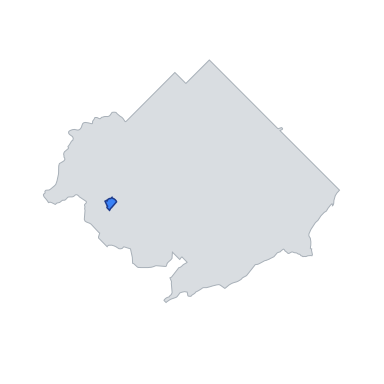 Adila, Eastern Darfur, Sudan shown in context, rotated 45°
{"feature_id": "16777658B87348298332109", "entity_name": "Adila", "entity_type": "district", "adm_level": 2, "iso_a3": "SDN", "parent_name": "Sudan", "parent_adm1": "Eastern Darfur", "projection": "mercator", "projection_center": [27.139, 11.428], "detail": "fine", "context": "in_parent", "style": "filled", "palette": "blue", "viewbox_px": 384, "rotation_deg": 45, "n_neighbors": 0, "source": "geoboundaries", "source_scale": "gbopen_adm2", "svg_char_len": 4724}
<svg xmlns="http://www.w3.org/2000/svg" viewBox="0 0 384 384"><g transform="rotate(45 192 192)"><path d="M251.8,288.5L248.9,288.5L248.6,287.8L248.6,285.9L248.9,284.5L250.0,282.2L249.7,281.0L249.9,279.2L249.1,277.2L242.2,271.4L240.8,269.8L237.1,268.3L237.7,266.7L236.2,254.8L237.0,253.4L237.2,251.3L237.2,249.4L238.1,246.4L238.2,245.1L230.8,245.0L230.7,246.3L231.0,247.8L231.0,248.4L220.7,248.4L224.8,253.1L225.0,255.2L224.8,257.7L224.8,259.4L225.1,260.4L226.2,262.5L226.1,262.9L225.9,263.4L218.6,269.6L217.3,272.5L216.4,274.0L214.3,276.6L207.6,283.2L206.5,283.7L201.4,283.9L200.9,284.1L200.5,284.4L200.3,284.3L196.0,280.4L188.7,275.7L183.9,278.2L182.5,279.0L182.5,281.3L181.8,282.5L180.5,283.7L176.9,284.5L175.0,285.2L172.8,286.4L170.7,288.6L170.5,289.7L170.7,290.7L158.4,290.6L157.6,289.8L155.8,286.3L154.6,286.5L143.3,286.1L141.7,286.5L138.5,287.9L136.9,288.2L135.2,287.5L129.3,280.6L128.0,279.8L126.7,278.1L125.4,277.4L125.0,276.9L124.9,276.1L124.9,274.6L124.5,273.7L123.6,273.5L115.6,275.1L114.5,274.9L112.8,275.2L112.3,275.5L111.6,276.4L111.5,278.3L111.3,279.2L110.7,280.2L108.4,282.6L107.9,283.6L108.0,286.2L107.9,287.5L107.5,288.1L106.5,289.1L106.2,289.7L105.8,293.0L104.5,295.0L104.2,295.7L104.2,297.1L104.0,297.5L100.4,298.7L99.0,299.4L98.2,300.5L98.0,301.0L96.5,300.6L94.5,300.3L90.8,300.0L89.3,299.4L88.6,298.7L88.8,296.7L88.4,296.2L87.8,295.9L87.4,295.0L87.5,294.0L89.5,291.7L89.9,290.4L90.4,284.6L90.3,282.9L88.7,279.6L85.1,274.0L84.2,272.9L79.7,268.2L79.2,267.6L78.1,265.6L79.3,261.3L79.4,260.1L79.1,258.9L77.9,258.0L76.9,257.9L75.6,256.7L74.7,256.2L73.9,255.2L73.4,253.8L73.8,248.7L73.5,248.0L72.4,247.8L72.1,247.5L72.1,246.5L71.5,243.6L70.8,241.2L71.2,239.9L70.2,238.1L68.4,237.3L64.8,237.9L63.7,237.8L62.9,237.4L62.3,236.8L62.1,236.0L62.3,234.8L63.3,232.6L64.6,230.9L67.2,229.2L67.9,228.4L68.3,227.4L68.4,226.3L68.2,225.2L67.9,224.1L67.1,222.7L66.4,221.0L66.4,219.9L66.8,219.1L67.4,218.2L70.0,216.3L72.7,214.7L73.1,214.2L72.9,213.5L71.7,212.2L71.3,209.7L70.7,207.9L72.0,206.6L73.0,206.2L74.6,205.7L75.2,205.2L75.3,204.1L75.3,203.1L75.8,202.4L76.6,200.8L77.2,200.0L79.2,198.1L79.7,196.9L79.8,195.8L79.2,192.2L80.4,190.7L81.9,189.5L84.0,189.6L87.3,189.3L89.6,188.8L91.2,188.8L94.9,189.5L95.3,189.2L95.5,188.2L95.4,119.6L110.7,119.6L110.9,119.5L110.9,86.4L207.4,86.5L208.2,86.3L209.7,83.2L210.3,83.0L211.3,83.2L211.6,83.9L210.8,86.4L295.0,86.4L295.2,90.2L295.9,93.3L298.3,97.6L300.3,99.9L301.0,101.2L301.1,101.8L301.0,102.4L300.4,101.7L299.3,101.3L299.2,103.3L299.7,107.5L300.5,110.4L299.9,113.0L300.0,117.6L301.1,123.0L300.9,126.4L302.6,134.5L304.3,138.9L305.2,140.0L306.3,140.6L308.3,141.0L311.3,143.2L313.6,145.6L314.5,146.9L315.6,148.2L316.4,148.0L316.9,147.6L317.7,148.7L321.4,151.1L321.9,152.2L320.6,153.3L319.0,155.2L318.3,156.9L317.9,157.4L316.6,158.5L316.4,159.0L315.9,159.4L315.3,159.4L314.0,160.0L312.9,159.8L311.7,160.1L311.3,160.6L310.4,160.9L309.1,161.1L307.2,162.6L305.5,163.3L304.9,163.9L304.0,166.8L303.4,167.5L300.9,167.6L299.6,167.9L298.0,167.5L297.2,167.6L296.9,168.2L296.6,170.7L296.7,171.8L295.3,174.6L295.7,179.9L294.3,183.9L294.1,184.8L292.8,187.9L292.0,189.1L290.3,194.9L289.6,196.7L288.1,198.6L289.7,212.6L288.4,216.9L288.5,219.3L287.6,222.7L286.9,224.3L285.8,226.2L284.8,228.4L284.0,231.2L283.5,236.5L283.2,237.0L278.8,237.7L277.4,238.0L276.4,238.6L275.3,240.0L273.0,243.8L271.8,246.1L270.0,249.2L267.8,251.4L267.3,252.5L267.0,254.5L266.2,257.7L265.4,260.0L265.6,261.8L264.9,264.9L265.0,266.5L264.2,267.3L263.2,268.1L262.5,268.3L259.4,266.2L257.2,267.7L255.9,269.7L254.8,271.8L255.4,276.1L255.4,277.1L255.1,278.1L253.0,282.4L252.4,284.3L251.8,287.7L251.8,288.5Z" fill="#d9dde1" stroke="#a8b0b8" stroke-width="1"/><path d="M146.7,263.3L146.7,263.2L146.6,262.9L146.5,262.7L146.4,262.4L146.4,262.2L146.3,261.9L146.2,261.8L146.2,261.7L146.1,261.4L146.1,261.2L146.1,260.8L146.1,260.7L146.1,260.4L146.2,260.0L146.1,259.7L146.1,259.3L146.1,259.2L146.1,258.9L146.1,258.7L146.0,258.4L146.0,258.2L146.0,257.9L146.0,257.6L146.0,257.3L146.0,257.2L145.9,257.0L145.9,256.9L145.9,256.7L145.9,256.3L145.9,255.9L145.8,255.3L145.8,254.7L145.7,254.1L145.7,253.6L145.7,253.3L145.7,253.2L145.6,252.5L145.6,252.3L144.9,252.0L144.7,251.9L144.1,251.9L143.4,251.8L143.1,251.8L142.7,251.9L142.3,251.9L142.1,251.9L141.7,252.0L141.4,252.1L141.0,252.2L140.9,252.3L140.7,252.4L140.5,252.5L140.3,252.5L140.0,252.5L139.4,252.5L139.2,252.4L139.2,253.2L139.2,253.7L139.1,254.1L138.7,254.5L138.2,255.1L138.1,255.5L137.8,256.6L137.9,257.1L138.0,257.6L138.3,258.1L138.3,258.4L137.9,258.5L137.6,258.2L137.4,258.3L137.4,258.9L137.0,260.0L138.9,260.7L140.3,261.2L140.5,261.3L140.9,261.5L141.5,261.6L142.3,261.7L142.4,262.5L142.7,263.0L143.2,263.2L146.7,263.3Z" fill="#3b82f6" stroke="#1e3a8a" stroke-width="1.5"/></g></svg>